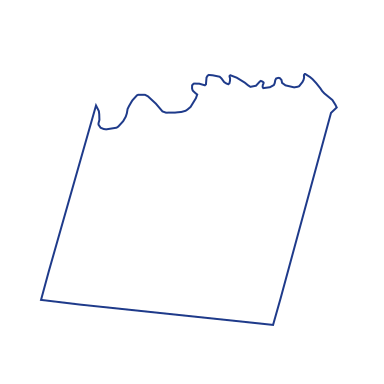 outline of Fannin, Texas, United States of America, rotated 15°
{"feature_id": "52423323B62023249377371", "entity_name": "Fannin", "entity_type": "district", "adm_level": 2, "iso_a3": "USA", "parent_name": "United States of America", "parent_adm1": "Texas", "projection": "albers", "projection_center": [-96.114, 33.614], "detail": "fine", "context": "isolated", "style": "outline", "palette": "blue", "viewbox_px": 384, "rotation_deg": 15, "n_neighbors": 0, "source": "geoboundaries", "source_scale": "gbopen_adm2", "svg_char_len": 1447}
<svg xmlns="http://www.w3.org/2000/svg" viewBox="0 0 384 384"><g transform="rotate(15 192 192)"><path d="M113.2,329.7L304.7,299.4L305.1,272.0L305.8,79.6L309.9,72.9L308.0,70.7L303.8,66.8L294.3,62.5L291.6,60.8L289.1,58.6L283.8,54.7L279.2,51.8L276.2,50.4L270.8,48.7L270.4,48.8L269.9,50.0L270.1,51.1L270.6,52.2L270.7,53.1L270.7,55.0L270.2,57.3L268.1,62.1L266.8,63.0L263.6,64.5L254.7,64.8L250.8,63.3L249.4,60.6L247.4,59.3L246.2,59.3L245.3,59.7L243.9,60.6L243.5,62.4L243.7,65.3L243.5,67.0L243.3,67.6L240.2,70.6L234.0,73.2L233.2,72.5L232.9,71.8L232.7,70.2L233.0,68.7L232.8,67.7L231.5,67.1L229.7,66.9L228.9,67.8L226.3,72.8L221.2,75.3L218.4,74.4L214.7,72.7L205.6,70.0L198.9,69.3L198.3,69.9L198.3,70.5L198.6,71.2L199.3,72.2L199.9,74.6L200.0,77.3L199.2,78.5L197.1,78.3L194.6,77.5L191.0,74.6L188.9,73.5L181.9,73.9L177.9,74.6L177.0,75.6L176.4,77.7L177.6,84.4L176.8,85.6L170.9,85.5L165.8,86.8L165.4,87.2L164.5,88.9L165.2,91.8L166.1,93.4L167.0,94.2L168.2,94.8L169.7,95.6L171.8,96.5L171.5,100.4L168.6,110.2L166.3,113.5L164.8,115.2L161.1,117.4L156.8,119.0L155.3,119.6L146.3,122.1L142.6,121.8L134.2,116.0L124.7,111.0L121.5,110.3L114.9,112.0L113.8,112.9L110.8,118.7L110.3,120.2L108.9,125.4L108.3,128.5L108.7,132.9L108.5,136.4L107.2,141.4L104.1,147.4L103.3,148.6L102.3,149.5L92.9,153.7L90.4,154.0L87.1,153.6L84.3,151.2L83.9,149.9L83.9,146.3L82.3,141.0L81.1,138.0L76.9,133.3L74.2,305.6L74.1,335.3L113.2,329.7Z" fill="none" stroke="#1e3a8a" stroke-width="2"/></g></svg>